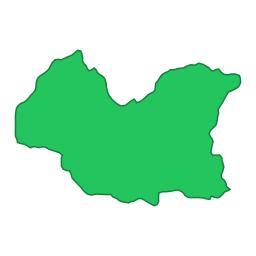 the district of Fronteira dos Vales, Minas Gerais, Brazil
{"feature_id": "56859067B67250992037415", "entity_name": "Fronteira dos Vales", "entity_type": "district", "adm_level": 2, "iso_a3": "BRA", "parent_name": "Brazil", "parent_adm1": "Minas Gerais", "projection": "albers", "projection_center": [-40.829, -16.89], "detail": "fine", "context": "isolated", "style": "filled", "palette": "green", "viewbox_px": 256, "rotation_deg": 0, "n_neighbors": 0, "source": "geoboundaries", "source_scale": "gbopen_adm2", "svg_char_len": 2582}
<svg xmlns="http://www.w3.org/2000/svg" viewBox="0 0 256 256"><path d="M157.1,204.6L158.6,201.7L158.5,197.5L158.8,193.0L162.6,191.7L166.2,191.7L169.9,191.4L174.4,190.5L177.7,189.9L180.7,191.0L183.1,192.7L184.8,195.1L187.6,197.1L190.3,197.6L193.9,197.6L197.6,197.5L200.5,197.8L203.4,197.9L206.1,198.8L209.8,199.4L211.4,196.0L214.5,197.3L217.6,197.8L220.0,196.8L222.5,194.5L224.6,192.0L227.8,190.7L230.1,189.4L226.7,186.7L225.9,183.3L224.4,180.3L221.6,178.1L221.1,175.0L222.2,172.5L223.2,169.7L223.8,166.8L223.2,164.0L222.0,160.9L221.8,157.6L219.4,154.9L215.9,155.3L212.4,155.0L210.8,152.2L211.6,148.0L212.2,145.2L213.1,141.7L211.9,138.7L210.4,136.6L209.2,133.5L210.4,130.5L213.1,127.9L216.1,124.7L217.1,120.9L217.5,117.1L218.6,113.3L218.1,109.7L220.0,106.2L222.1,103.1L223.6,100.5L224.9,98.1L226.6,94.9L228.5,92.1L230.8,91.2L233.9,89.6L237.2,87.9L239.1,85.8L240.6,82.5L240.3,78.7L239.4,75.5L235.2,74.0L231.0,74.1L227.2,74.8L223.9,74.3L221.1,72.1L218.7,69.1L215.8,69.6L213.0,71.0L210.5,69.9L209.0,67.7L206.7,66.5L203.3,64.5L198.8,63.2L195.1,65.1L190.5,64.8L186.7,66.1L183.4,68.0L179.8,68.3L176.9,68.9L173.8,69.7L170.4,69.8L167.7,71.7L164.3,73.1L161.7,75.0L159.8,77.7L157.9,80.8L155.7,83.2L155.4,86.8L154.8,90.5L152.6,92.5L150.1,93.5L147.6,95.2L145.5,97.4L143.4,99.2L140.7,101.2L136.7,102.7L134.4,99.2L131.1,100.9L128.3,103.2L125.3,105.4L121.1,106.1L117.9,104.4L114.9,102.1L111.6,99.0L109.4,96.1L107.9,93.2L106.6,88.4L106.1,83.3L104.8,78.7L102.3,76.0L99.2,74.4L97.4,72.4L96.2,70.0L94.1,68.0L91.8,69.8L88.9,70.7L87.3,68.7L86.2,65.8L84.0,63.6L82.6,61.2L82.5,57.5L81.9,53.8L80.8,51.0L77.6,50.3L74.3,53.2L71.8,55.2L68.8,56.4L64.8,58.2L61.3,59.8L58.5,59.4L55.1,59.7L52.4,62.5L50.7,65.6L49.0,68.9L46.6,71.4L43.6,73.6L40.6,75.5L38.0,77.9L36.6,80.9L36.2,83.8L35.9,87.3L35.2,90.2L33.3,92.8L30.7,95.3L29.0,97.6L26.6,100.3L23.9,102.3L21.0,103.2L18.1,105.7L16.4,108.5L15.7,112.6L15.4,116.7L15.5,120.2L15.5,123.3L15.5,127.0L15.4,131.5L15.5,136.3L16.9,139.3L17.5,142.5L21.0,143.6L24.7,144.4L28.0,146.3L30.6,147.8L33.3,146.7L36.2,146.9L38.9,147.6L41.4,146.9L44.9,146.9L48.7,149.1L53.2,150.6L56.0,151.6L59.4,152.6L62.3,155.2L61.4,158.2L61.4,165.8L63.1,169.1L66.4,170.5L69.3,170.8L71.1,173.7L71.8,177.3L73.7,179.8L75.7,181.9L78.5,184.8L80.8,187.2L82.5,189.3L84.6,191.8L87.7,194.2L91.4,195.1L96.1,194.0L100.7,194.3L106.1,194.6L110.4,194.4L113.2,197.1L116.5,198.3L118.9,200.3L121.6,201.7L125.2,202.2L128.3,202.9L131.0,201.6L133.9,201.1L136.3,199.8L138.6,198.5L141.7,198.7L144.8,200.4L147.1,201.7L149.3,203.1L151.9,204.5L154.6,205.7L157.1,204.6Z" fill="#22c55e" stroke="#15803d" stroke-width="1.5"/></svg>